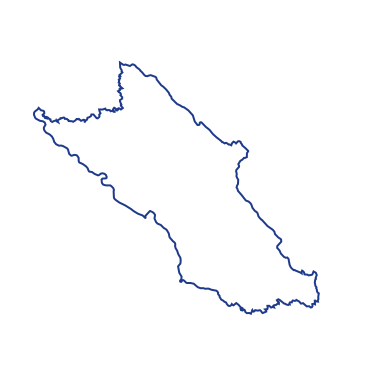 El Bagre, Antioquia, Colombia (Equal Earth projection), rotated 317°
{"feature_id": "7082276B39808247222267", "entity_name": "El Bagre", "entity_type": "district", "adm_level": 2, "iso_a3": "COL", "parent_name": "Colombia", "parent_adm1": "Antioquia", "projection": "equal_earth", "projection_center": [-74.693, 7.698], "detail": "fine", "context": "isolated", "style": "outline", "palette": "blue", "viewbox_px": 384, "rotation_deg": 317, "n_neighbors": 0, "source": "geoboundaries", "source_scale": "gbopen_adm2", "svg_char_len": 5979}
<svg xmlns="http://www.w3.org/2000/svg" viewBox="0 0 384 384"><g transform="rotate(317 192 192)"><path d="M227.5,335.5L226.7,333.0L224.0,334.3L223.2,334.3L220.5,332.6L220.0,331.1L218.1,329.0L219.1,327.2L219.2,326.0L218.9,324.6L217.6,325.2L216.7,326.3L216.4,325.0L214.1,320.0L213.9,319.1L213.1,318.5L212.8,315.6L213.0,313.9L213.8,311.7L217.0,306.7L217.0,304.9L215.8,304.1L215.0,302.3L215.0,297.7L216.1,294.5L216.2,290.9L217.5,289.7L223.4,289.2L224.7,287.6L224.8,286.9L224.1,284.2L224.0,279.5L225.2,277.1L225.3,274.6L224.0,268.5L224.1,260.0L223.9,259.6L223.8,257.1L224.0,255.2L225.5,252.1L225.6,250.4L225.2,249.7L225.1,248.1L225.4,245.0L226.9,241.4L227.1,239.9L226.9,237.6L225.8,235.5L225.6,234.6L226.2,228.0L226.4,222.5L227.5,220.4L227.6,219.2L229.0,218.2L231.2,217.4L234.2,214.5L234.6,212.5L235.3,210.7L237.0,209.4L238.4,206.9L239.6,206.1L243.5,205.7L244.2,205.1L244.9,203.2L248.6,202.2L251.0,202.7L253.3,202.5L254.1,203.3L255.9,203.9L258.6,201.1L260.9,200.5L261.1,200.1L261.0,196.4L260.5,192.2L261.0,191.5L261.1,189.6L261.7,188.6L261.5,187.8L261.0,186.8L260.1,186.3L257.4,186.5L257.5,185.8L256.7,183.5L254.6,183.6L252.6,184.6L251.9,182.9L251.1,182.2L251.0,180.8L250.4,179.2L249.0,178.7L248.5,176.5L248.0,176.0L248.2,174.9L247.2,168.6L246.8,164.0L247.2,158.4L246.5,153.8L246.4,147.6L245.8,146.8L245.0,146.6L243.7,147.7L243.0,147.8L241.7,146.7L242.1,142.3L244.9,136.5L245.0,129.8L244.0,124.8L242.9,122.8L242.4,120.7L241.1,117.4L240.8,109.9L241.8,108.1L241.9,105.7L242.7,103.7L243.0,99.6L242.8,95.4L242.3,93.0L242.9,85.8L243.9,83.8L243.6,82.5L241.5,78.4L239.5,77.2L238.6,77.0L237.2,75.6L236.9,74.1L237.1,70.9L237.0,67.8L237.2,66.7L236.5,62.9L236.7,60.9L236.3,59.2L235.5,58.0L232.5,57.5L230.3,53.4L229.2,52.9L228.5,52.1L227.6,48.2L224.3,52.1L223.7,54.6L223.2,55.7L222.7,55.9L222.6,57.1L218.7,57.0L218.8,57.6L218.5,58.6L217.4,58.1L216.9,59.8L215.3,59.9L215.4,60.5L214.4,60.8L213.9,61.6L213.0,62.0L213.2,63.4L211.7,64.0L211.8,64.8L211.4,64.8L211.8,68.7L210.6,68.1L211.1,67.5L210.9,67.2L209.3,67.3L209.3,68.0L208.8,68.3L206.7,67.8L206.6,69.0L207.1,70.7L206.8,71.8L206.2,72.4L205.7,72.4L205.6,75.1L204.6,76.1L202.0,75.7L201.2,76.5L199.9,80.0L199.2,79.9L198.8,80.5L198.7,83.4L196.3,83.2L195.9,81.3L195.2,80.6L194.2,80.6L194.0,82.0L193.6,80.9L193.2,81.4L192.7,81.2L192.5,80.4L192.9,78.4L192.5,77.3L190.6,77.7L189.9,79.5L190.4,80.3L190.1,80.6L189.5,80.0L189.0,78.2L187.5,77.4L187.7,76.1L186.6,74.8L185.7,74.5L185.1,73.0L185.5,71.9L182.7,70.6L180.4,68.3L179.4,70.0L178.8,72.0L176.8,72.2L176.2,73.3L175.3,73.9L173.2,73.8L172.6,72.9L172.8,68.1L171.3,66.7L169.7,67.6L167.5,67.1L166.2,66.4L164.6,67.5L163.6,67.2L161.5,67.6L161.4,67.3L162.2,66.7L162.4,65.9L161.8,65.1L159.4,64.3L159.1,61.4L158.3,61.3L158.0,60.5L157.4,59.9L155.5,60.1L153.0,59.6L152.4,58.3L150.2,56.0L150.7,54.9L150.3,54.3L150.3,53.1L148.9,51.8L149.3,50.7L149.1,50.1L147.2,49.2L146.3,48.4L145.9,48.8L143.2,48.0L142.2,48.2L141.7,49.6L141.3,48.2L141.6,47.0L141.2,47.2L141.0,46.8L139.6,46.0L137.5,45.4L137.1,43.9L137.4,42.8L138.0,42.4L137.5,41.2L137.3,39.0L136.6,37.5L135.6,37.2L135.5,38.4L135.0,37.6L135.8,35.1L135.4,34.8L135.0,35.3L134.8,34.9L135.3,33.7L137.7,33.7L138.8,32.2L138.6,31.1L137.3,29.3L137.2,25.9L135.7,26.3L132.1,26.0L130.8,26.2L129.2,27.6L128.0,30.5L127.9,31.9L129.3,36.1L131.3,38.8L131.7,40.7L130.8,42.9L127.7,43.8L126.5,45.1L126.0,46.5L125.8,49.0L127.2,53.1L127.4,55.9L126.7,58.7L125.4,61.4L125.2,64.4L126.3,67.4L127.9,68.7L128.9,70.2L130.4,74.7L130.3,76.3L128.2,80.3L128.4,82.8L128.8,83.5L131.0,84.4L132.1,85.5L132.8,86.9L132.4,89.7L130.3,92.0L129.7,93.5L131.2,97.1L132.0,101.0L131.9,103.4L130.8,106.2L130.8,107.0L132.5,109.3L133.1,112.4L134.6,115.7L135.4,116.2L137.9,116.4L139.2,117.2L140.3,118.8L140.7,120.7L139.9,122.8L139.1,123.4L138.3,123.3L135.6,121.1L134.4,121.2L132.7,123.3L132.2,124.4L132.1,126.0L132.7,127.2L133.9,128.8L136.7,131.4L137.0,132.6L137.1,135.3L136.3,137.3L135.2,138.0L131.1,142.8L130.7,143.9L130.8,145.9L131.7,150.2L134.0,156.2L135.8,162.9L136.3,166.1L137.7,171.1L139.9,175.5L140.1,179.0L140.5,179.1L141.6,177.7L148.1,177.2L148.5,177.5L149.4,179.7L149.7,181.8L149.3,183.6L146.5,185.8L145.2,189.6L145.2,191.5L146.7,194.9L146.8,198.9L147.5,201.4L147.6,202.6L146.8,206.3L144.7,209.9L144.5,214.9L144.8,216.8L144.6,218.1L143.6,219.4L142.9,219.8L141.7,221.9L141.1,224.8L139.6,228.0L138.7,231.9L138.2,232.9L136.8,234.6L134.7,236.4L131.1,236.9L127.6,242.4L126.7,246.7L124.7,248.6L122.9,248.7L122.3,249.3L122.4,249.9L122.9,250.4L124.9,250.0L125.4,250.4L125.8,251.4L125.9,254.1L126.2,255.1L128.8,257.5L130.7,260.2L131.3,265.5L132.6,268.1L134.8,270.2L135.6,271.7L138.1,273.8L139.6,276.8L142.5,280.8L142.7,282.1L142.4,283.5L141.9,283.8L141.4,284.7L141.4,286.6L140.7,287.4L140.0,290.5L140.8,293.0L140.8,294.2L141.6,296.1L141.1,297.5L141.0,299.7L141.4,300.7L142.3,301.3L143.5,301.5L144.7,301.1L144.7,302.4L145.1,303.2L148.6,303.4L149.1,306.5L148.9,309.1L149.7,311.6L149.4,312.2L148.8,312.4L147.7,311.0L147.3,311.8L148.2,313.2L149.3,313.3L150.0,313.8L150.0,314.5L149.2,316.1L149.5,318.0L151.4,319.6L152.1,321.2L153.4,320.5L154.5,320.4L155.3,319.5L155.7,319.4L155.3,320.8L155.4,321.4L156.3,321.8L157.6,321.5L159.2,323.6L161.1,324.8L161.3,325.5L161.0,328.2L161.2,328.8L164.8,330.1L165.4,329.4L165.4,327.7L167.3,329.0L168.5,328.2L169.5,326.7L170.9,327.9L171.0,330.4L172.6,331.0L173.3,332.3L173.9,330.7L174.5,330.7L176.7,332.0L178.7,332.0L179.2,333.1L180.3,332.0L180.1,330.1L180.3,329.0L181.9,329.3L182.5,330.6L183.3,336.5L183.9,337.2L184.3,338.8L185.4,340.3L186.3,340.3L186.8,340.9L187.3,339.9L188.3,339.5L189.8,340.8L190.7,340.2L191.7,340.1L192.9,341.7L193.9,342.3L194.7,342.1L195.7,345.2L195.6,348.0L197.4,349.0L197.9,353.9L199.7,355.4L200.1,357.5L201.1,358.0L202.4,357.6L203.5,356.0L204.9,356.8L205.4,358.0L207.7,355.2L208.1,355.5L208.2,356.7L209.4,358.1L209.9,357.2L211.4,356.5L212.9,354.7L215.6,352.6L215.3,351.3L215.8,349.7L216.8,348.4L217.2,347.1L218.0,346.6L218.2,345.0L220.0,342.0L222.3,340.2L223.4,340.1L223.7,339.2L226.6,337.8L227.5,335.5Z" fill="none" stroke="#1e3a8a" stroke-width="2"/></g></svg>